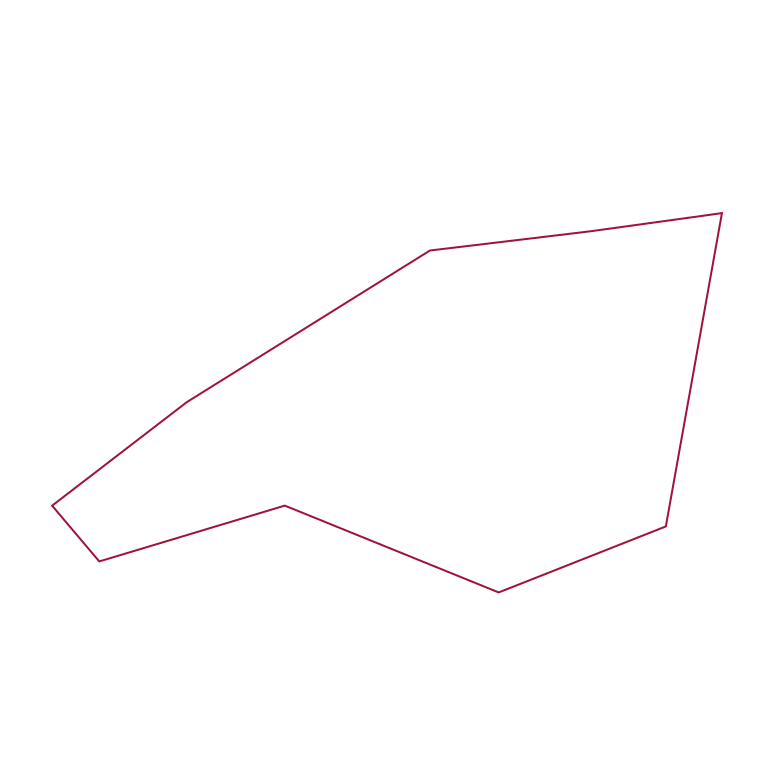 outline of Kwun Tong, rotated 97°
{"feature_id": "HKG-5161", "entity_name": "Kwun Tong", "entity_type": "state/province", "adm_level": 1, "iso_a3": "HKG", "parent_name": "Hong Kong S.A.R.", "parent_adm1": "", "projection": "mercator", "projection_center": [114.229, 22.308], "detail": "fine", "context": "isolated", "style": "outline", "palette": "rose", "viewbox_px": 768, "rotation_deg": 97, "n_neighbors": 0, "source": "natural_earth", "source_scale": "10m", "svg_char_len": 283}
<svg xmlns="http://www.w3.org/2000/svg" viewBox="0 0 768 768"><g transform="rotate(97 384 384)"><path d="M594.8,645.0L545.2,698.6L426.0,577.5L245.9,354.7L207.4,198.3L173.2,69.4L491.0,86.9L576.9,244.8L516.8,467.7L594.8,645.0Z" fill="none" stroke="#9f1239" stroke-width="2"/></g></svg>